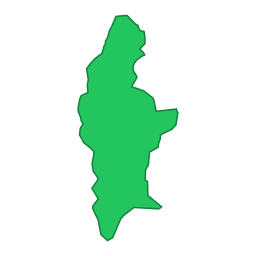 Ife North, Osun, Nigeria (orthographic projection)
{"feature_id": "59680162B27814311157346", "entity_name": "Ife North", "entity_type": "district", "adm_level": 2, "iso_a3": "NGA", "parent_name": "Nigeria", "parent_adm1": "Osun", "projection": "orthographic", "projection_center": [4.45, 7.387], "detail": "fine", "context": "isolated", "style": "filled", "palette": "green", "viewbox_px": 256, "rotation_deg": 0, "n_neighbors": 0, "source": "geoboundaries", "source_scale": "gbopen_adm2", "svg_char_len": 1405}
<svg xmlns="http://www.w3.org/2000/svg" viewBox="0 0 256 256"><path d="M107.6,240.6L112.7,237.7L120.7,218.9L123.6,215.5L133.9,207.5L139.7,207.8L158.6,208.9L160.5,207.8L161.6,206.8L147.9,195.5L147.5,181.4L145.2,180.1L145.5,170.0L148.4,164.7L149.5,152.1L158.2,147.3L158.4,144.2L160.3,138.8L160.5,134.9L172.1,129.1L176.0,124.7L177.9,112.8L176.4,109.9L176.5,109.0L156.2,111.3L153.8,99.7L152.6,97.8L144.1,91.1L137.9,88.8L131.7,86.8L132.5,85.2L133.2,83.8L134.0,82.5L134.9,81.0L135.7,79.7L136.3,78.6L137.0,77.2L135.7,74.4L133.1,70.5L133.2,65.8L134.5,63.1L136.2,60.6L138.8,58.4L139.8,57.9L141.2,56.6L144.8,54.9L143.0,52.1L139.7,48.8L141.3,47.6L142.4,46.2L143.2,45.5L144.9,43.8L144.9,42.8L145.0,40.6L145.0,39.0L144.8,38.1L144.6,34.1L144.0,31.4L140.2,30.7L138.5,27.6L138.4,27.2L138.0,25.5L135.3,23.9L127.0,15.4L118.9,16.1L116.0,16.4L111.4,27.2L110.0,29.4L109.1,31.8L107.4,38.1L105.5,40.6L105.3,44.3L103.9,46.2L103.5,47.8L103.6,48.4L101.6,54.1L100.5,54.4L94.7,58.9L90.3,63.7L86.6,68.6L88.3,79.8L87.3,84.9L87.9,92.5L81.3,95.6L79.7,99.2L78.1,108.3L78.3,111.6L80.6,117.4L81.4,121.4L83.2,123.6L80.3,128.2L79.5,134.9L81.6,138.6L83.9,142.8L88.9,146.8L89.4,147.3L90.0,147.8L93.6,151.1L93.9,154.2L93.2,157.5L92.1,163.9L93.3,171.4L96.5,175.9L98.0,178.1L97.3,180.6L91.9,188.2L98.2,198.9L92.7,206.3L92.8,208.6L93.5,210.3L95.2,213.9L98.2,220.1L100.9,234.6L107.6,240.6Z" fill="#22c55e" stroke="#15803d" stroke-width="1.5"/></svg>